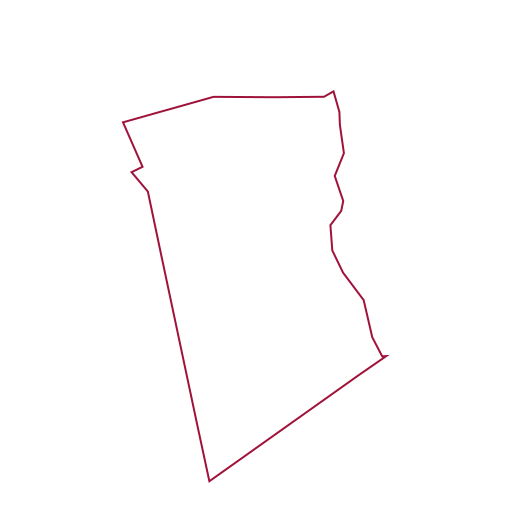 outline of Columbia, New York, United States of America, rotated 153°
{"feature_id": "52423323B79096114646112", "entity_name": "Columbia", "entity_type": "district", "adm_level": 2, "iso_a3": "USA", "parent_name": "United States of America", "parent_adm1": "New York", "projection": "albers", "projection_center": [-73.71, 42.244], "detail": "fine", "context": "isolated", "style": "outline", "palette": "rose", "viewbox_px": 512, "rotation_deg": 153, "n_neighbors": 0, "source": "geoboundaries", "source_scale": "gbopen_adm2", "svg_char_len": 476}
<svg xmlns="http://www.w3.org/2000/svg" viewBox="0 0 512 512"><g transform="rotate(153 256 256)"><path d="M399.8,76.5L218.1,103.3L185.4,107.7L189.1,109.3L189.3,130.8L180.1,167.8L186.0,201.6L185.5,226.3L175.7,249.7L159.6,257.5L153.3,265.4L149.5,291.6L131.0,307.7L121.7,334.8L116.3,346.5L112.2,367.5L123.1,367.0L167.7,389.2L221.6,417.1L313.8,435.5L316.6,387.0L328.8,387.2L323.1,362.5L339.1,303.3L384.7,133.4L399.8,76.5Z" fill="none" stroke="#9f1239" stroke-width="2"/></g></svg>